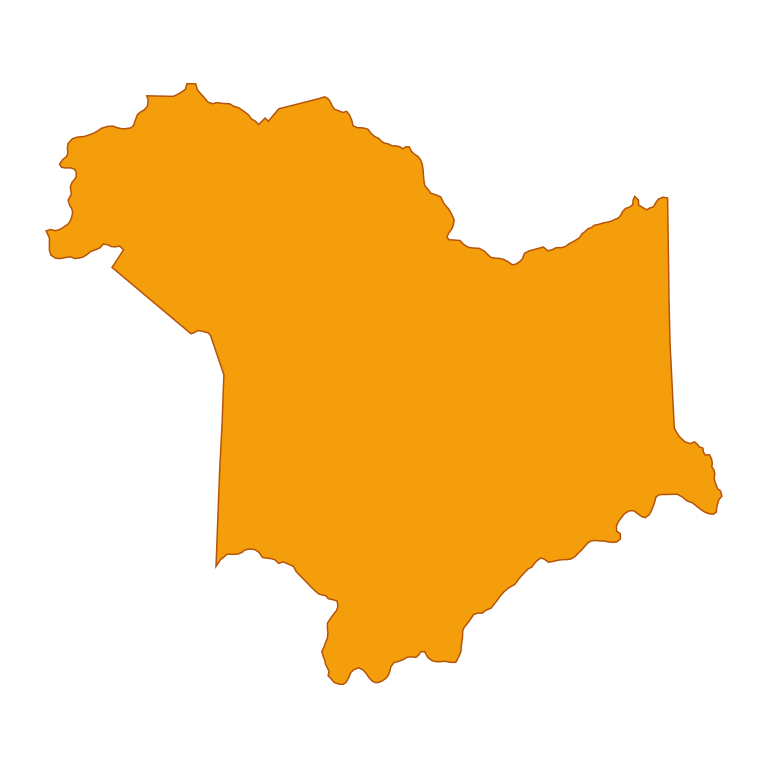 Santana, Bahia, Brazil
{"feature_id": "56859067B31339146866586", "entity_name": "Santana", "entity_type": "district", "adm_level": 2, "iso_a3": "BRA", "parent_name": "Brazil", "parent_adm1": "Bahia", "projection": "natural_earth1", "projection_center": [-43.941, -13.081], "detail": "fine", "context": "isolated", "style": "filled", "palette": "amber", "viewbox_px": 768, "rotation_deg": 0, "n_neighbors": 0, "source": "geoboundaries", "source_scale": "gbopen_adm2", "svg_char_len": 5011}
<svg xmlns="http://www.w3.org/2000/svg" viewBox="0 0 768 768"><path d="M55.7,258.3L60.7,258.5L66.4,257.3L70.8,256.9L74.7,258.5L78.7,258.1L82.9,257.1L87.1,254.5L90.9,251.4L95.9,249.6L100.0,247.8L103.2,244.1L108.2,244.9L111.1,246.5L115.0,246.9L119.5,246.1L123.6,249.8L112.0,267.4L187.8,331.1L191.0,333.7L194.1,332.7L197.8,330.6L201.8,331.0L205.0,332.1L208.3,332.8L210.6,335.5L211.9,339.6L213.3,343.7L223.9,374.7L222.1,422.9L219.7,469.7L216.0,566.4L220.6,559.6L224.1,556.9L226.4,554.5L229.8,554.2L233.7,554.3L238.2,554.0L242.1,552.3L244.7,550.0L249.7,549.0L254.8,549.6L258.8,552.2L262.5,557.5L267.7,558.3L271.1,558.6L275.1,559.9L278.6,563.4L283.3,561.9L287.6,563.8L293.4,566.4L296.2,571.6L311.9,587.8L314.8,590.6L318.9,594.1L322.4,595.0L325.9,595.7L328.2,598.7L333.7,599.9L337.1,601.0L337.9,606.2L336.7,610.3L334.2,613.4L331.0,617.7L327.5,623.1L327.4,628.0L327.9,633.1L327.4,638.2L325.4,642.8L324.0,647.1L321.8,651.4L323.2,656.4L324.9,660.3L325.4,663.9L326.9,667.0L329.1,671.3L328.1,675.7L331.0,678.6L334.0,682.4L339.6,684.3L343.4,684.3L346.3,682.0L348.6,678.0L350.8,672.6L353.9,669.6L358.9,667.8L363.3,670.2L366.4,673.7L368.8,677.3L371.9,680.8L375.3,682.6L378.4,682.5L382.7,680.6L386.2,678.1L388.2,675.5L389.8,671.3L391.0,666.4L394.1,662.5L397.7,661.7L402.9,659.7L407.3,657.2L411.0,656.8L415.7,657.4L418.7,655.1L420.7,651.8L424.6,651.6L427.7,657.4L432.2,660.7L436.3,661.7L439.5,661.7L445.3,661.3L450.1,662.3L455.8,662.3L458.8,656.6L460.9,651.6L461.4,645.0L462.5,638.0L462.7,630.9L464.4,627.0L466.7,624.3L470.0,620.0L473.7,614.4L477.8,613.2L482.6,613.0L485.3,610.5L491.0,608.2L494.6,603.6L497.1,600.5L500.0,596.3L504.0,591.8L508.2,588.2L511.1,586.4L514.8,584.4L517.7,580.5L520.3,577.1L524.1,573.0L527.9,569.1L532.1,566.8L534.6,563.2L537.2,560.5L541.1,557.9L544.7,559.4L548.3,562.2L552.2,561.6L558.7,560.1L563.5,559.6L566.7,559.6L570.7,559.1L575.0,556.6L578.7,552.7L581.2,550.4L584.4,546.8L588.0,542.8L591.1,541.0L594.5,540.5L598.9,540.8L604.3,541.1L607.8,541.8L612.2,542.4L616.9,541.9L620.5,538.8L620.3,533.7L616.7,531.2L616.4,526.0L618.3,521.9L621.3,517.7L624.8,513.4L629.4,510.8L633.6,510.7L637.3,513.4L641.7,516.5L645.2,517.7L649.4,514.6L652.1,509.0L654.3,503.3L655.9,497.2L658.8,494.9L662.4,494.5L666.0,494.5L670.8,494.4L677.2,494.2L682.3,497.0L687.0,500.9L692.4,502.8L696.0,505.7L701.0,509.6L704.6,512.0L708.9,513.7L713.4,514.2L716.3,512.1L716.7,507.8L717.5,504.3L719.0,499.4L721.9,496.2L720.5,490.9L717.4,488.6L716.3,485.2L715.0,481.9L714.2,478.3L714.8,474.1L713.9,469.8L711.8,467.1L712.3,463.3L711.6,459.0L709.6,454.9L705.1,455.0L703.4,451.9L702.9,448.1L699.5,447.0L697.1,444.0L694.5,441.8L690.5,443.6L685.0,441.9L682.0,439.1L679.3,436.5L676.9,432.8L674.3,428.2L670.0,342.8L668.9,294.9L668.9,289.6L667.6,198.0L663.0,197.2L658.3,199.2L655.5,203.1L653.6,206.8L649.8,207.9L646.8,209.8L643.3,207.9L638.7,205.1L638.4,200.1L634.7,196.4L633.1,200.2L632.8,204.5L629.9,207.0L625.6,208.4L622.7,211.4L620.7,215.2L618.2,218.2L615.1,219.3L611.6,221.1L607.3,222.2L603.8,222.8L597.7,224.6L594.4,225.2L591.5,227.5L587.8,228.9L584.8,231.8L582.1,233.7L579.5,237.8L576.5,239.6L573.8,241.3L568.9,243.9L565.6,246.5L561.5,247.6L555.8,247.8L552.1,249.8L547.8,250.8L543.4,247.0L539.7,248.0L533.2,249.8L529.2,250.8L524.6,253.2L522.2,259.3L519.0,262.1L516.0,264.1L512.3,264.8L507.9,261.6L504.0,259.5L500.1,258.5L495.1,258.1L491.1,257.5L487.3,254.1L484.5,251.2L479.1,248.3L473.2,248.0L468.5,247.4L463.7,244.5L460.0,240.5L453.8,240.0L448.8,239.7L446.9,236.8L448.8,233.1L451.9,228.8L453.3,225.2L454.2,219.9L451.3,213.6L448.7,209.0L444.4,204.3L440.6,196.8L435.4,194.7L430.7,193.1L428.1,189.5L424.7,185.6L423.9,180.3L423.5,175.6L423.1,170.2L422.3,164.3L420.4,159.6L417.6,156.1L413.9,153.9L411.0,150.7L409.3,146.9L405.6,146.8L402.9,148.8L399.5,146.6L395.8,145.9L392.7,146.0L388.2,143.9L384.1,143.0L381.3,141.1L378.8,138.5L374.7,136.5L371.1,133.4L367.8,129.1L362.9,127.9L357.5,127.7L353.2,125.9L351.6,119.8L349.6,115.3L346.6,111.3L342.9,112.5L338.5,110.7L334.5,109.2L332.2,106.0L330.4,101.9L328.0,98.7L324.7,96.8L319.3,98.5L314.7,99.7L282.0,108.0L278.8,108.8L268.3,121.2L265.2,118.0L258.6,124.5L255.4,121.2L251.2,118.8L248.8,115.2L245.6,112.6L242.1,110.1L238.4,107.6L233.6,106.2L229.6,103.8L223.2,103.5L220.0,103.0L216.2,102.7L212.8,103.8L208.0,102.1L203.8,97.1L200.6,93.6L197.4,89.8L195.7,83.8L186.9,83.7L185.4,89.3L180.4,92.8L176.7,94.8L173.3,96.4L146.7,95.8L148.2,99.7L147.5,106.2L144.1,110.0L141.1,111.6L137.5,114.5L135.7,119.2L133.5,125.5L131.0,127.9L127.2,128.4L123.8,128.9L120.0,128.4L116.3,127.4L112.8,126.1L107.2,126.5L101.2,128.4L98.1,130.7L93.4,133.4L88.8,135.0L84.3,136.5L77.4,137.1L72.5,138.7L68.1,143.4L67.4,148.4L67.9,152.5L66.7,156.5L62.9,159.4L59.5,164.3L61.5,167.3L64.6,167.9L70.8,167.9L74.5,169.2L76.3,172.4L76.2,176.6L74.4,179.7L72.1,182.1L70.3,186.9L71.4,194.2L68.1,200.2L69.8,205.7L71.8,208.8L72.7,212.9L71.0,219.3L68.6,223.6L65.3,226.0L61.9,228.3L58.8,229.8L55.3,230.7L50.6,229.5L46.1,230.9L47.7,234.2L49.4,238.0L49.4,243.5L49.4,250.2L50.9,255.2L55.7,258.3Z" fill="#f59e0b" stroke="#b45309" stroke-width="1.5"/></svg>